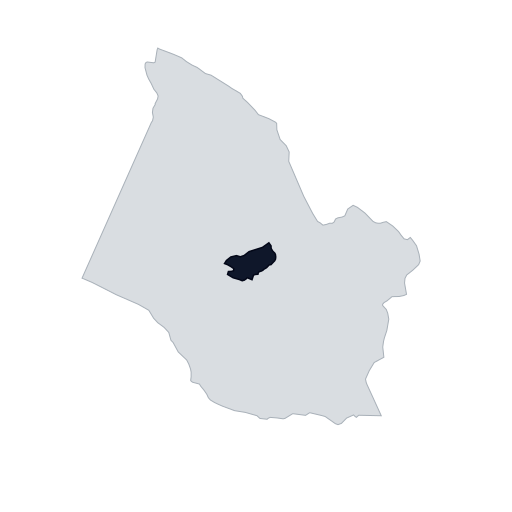 where Nakasongola sits in Uganda, rotated 114°
{"feature_id": "UGA-3090", "entity_name": "Nakasongola", "entity_type": "District", "adm_level": 1, "iso_a3": "UGA", "parent_name": "Uganda", "parent_adm1": "", "projection": "robinson", "projection_center": [32.471, 1.323], "detail": "fine", "context": "in_parent", "style": "filled", "palette": "ink", "viewbox_px": 512, "rotation_deg": 114, "n_neighbors": 0, "source": "natural_earth", "source_scale": "10m", "svg_char_len": 2988}
<svg xmlns="http://www.w3.org/2000/svg" viewBox="0 0 512 512"><g transform="rotate(114 256 256)"><path d="M347.0,405.9L340.9,405.9L331.0,405.9L321.1,405.9L311.2,405.9L301.3,405.9L291.4,405.9L281.5,405.9L271.6,405.9L261.7,405.9L251.8,405.9L241.9,405.9L232.0,405.9L222.1,405.9L212.2,405.9L202.3,405.9L192.4,405.9L182.5,405.9L176.6,405.9L175.4,405.7L174.6,405.5L170.9,406.3L167.0,409.0L162.9,410.2L158.5,409.7L158.0,410.1L155.7,410.0L152.5,409.8L149.6,410.5L147.4,412.9L145.2,417.1L141.1,421.8L137.9,426.1L135.2,429.1L129.1,434.0L125.7,435.4L124.0,435.2L123.0,434.3L121.1,428.0L119.9,427.0L107.8,430.2L106.0,430.3L106.2,428.3L105.3,413.5L105.2,404.4L106.7,398.7L107.6,392.1L107.7,386.3L109.9,376.5L109.1,370.6L112.0,349.9L112.7,346.5L113.8,336.5L115.6,333.4L117.2,332.2L119.2,326.1L123.2,316.3L125.9,311.3L125.3,300.2L125.8,292.7L126.4,291.1L132.2,288.3L139.8,281.3L143.0,273.2L147.5,268.0L156.2,264.6L182.1,236.6L194.1,221.5L199.4,213.8L199.6,211.0L200.6,207.4L198.5,204.5L196.0,201.9L195.1,199.6L193.0,198.4L189.9,198.4L187.8,196.7L185.5,193.3L183.2,191.2L175.8,191.3L170.2,187.9L170.3,183.1L172.5,173.8L176.8,163.2L177.0,160.2L176.4,157.7L175.4,155.6L173.4,153.4L171.6,150.9L173.0,143.2L175.7,135.7L178.0,131.9L180.1,127.7L179.5,124.3L176.3,122.6L178.0,119.2L181.4,113.5L188.0,107.8L193.8,104.0L197.7,103.9L205.2,107.0L212.0,110.6L215.8,110.8L220.3,109.3L229.8,102.9L232.0,104.9L234.8,108.8L237.8,115.2L243.7,118.1L246.5,120.1L248.6,120.7L249.7,120.2L251.9,115.2L254.7,112.4L259.7,109.0L270.8,106.2L278.7,105.4L282.0,104.8L287.6,103.2L296.5,98.0L305.2,104.7L314.7,105.9L323.9,105.9L326.7,103.9L328.3,102.3L337.9,91.4L351.0,76.6L359.7,97.4L362.6,98.7L362.2,100.5L361.5,102.2L367.2,107.3L374.2,109.9L376.7,112.5L376.9,115.3L374.5,127.5L375.0,131.0L377.3,143.2L381.4,145.9L385.1,158.3L392.6,163.5L393.7,165.0L395.4,171.0L397.7,177.5L399.5,179.0L400.6,179.4L402.8,186.3L401.5,190.2L403.2,202.1L406.0,212.7L406.8,225.3L406.8,230.9L406.7,234.3L406.1,239.1L404.8,241.9L402.4,244.6L399.8,248.8L397.5,253.4L396.0,255.6L397.1,262.5L396.8,264.2L396.2,265.1L392.8,266.1L388.5,268.0L385.9,269.8L382.2,273.3L379.2,277.0L375.3,288.0L368.7,296.6L367.6,299.4L361.3,304.6L358.6,310.9L356.9,318.6L354.5,324.2L349.2,331.8L348.0,343.8L348.2,367.8L346.8,395.2L347.0,405.9Z" fill="#d9dde1" stroke="#a8b0b8" stroke-width="1"/><path d="M250.9,236.9L252.8,237.0L254.1,237.5L257.8,238.8L258.7,240.3L262.4,241.6L264.9,243.4L266.2,243.9L267.5,244.9L269.2,246.8L270.3,247.1L271.9,246.8L273.0,248.9L274.4,250.5L279.3,250.0L279.4,255.2L281.1,255.8L282.1,256.5L282.7,256.7L283.1,257.6L283.6,257.8L284.0,258.1L284.2,258.8L284.3,259.6L284.2,260.4L284.3,261.8L285.2,268.1L284.4,274.5L281.4,274.9L280.1,272.3L278.6,270.5L276.6,271.1L275.9,274.5L275.5,278.5L275.7,281.7L272.1,281.2L267.1,278.6L263.6,274.0L263.1,270.0L260.3,267.0L254.8,264.1L245.5,253.6L238.7,249.6L240.7,246.3L242.0,245.8L243.2,244.9L244.8,242.6L245.8,239.9L246.8,238.8L248.8,237.6L250.9,236.9Z" fill="#0f172a" stroke="#020617" stroke-width="1.5"/></g></svg>